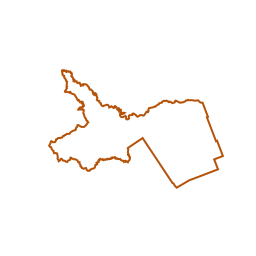 outline of Orán, Salta, Argentina, rotated 326°
{"feature_id": "61730980B46256753723149", "entity_name": "Orán", "entity_type": "district", "adm_level": 2, "iso_a3": "ARG", "parent_name": "Argentina", "parent_adm1": "Salta", "projection": "orthographic", "projection_center": [-64.349, -23.348], "detail": "fine", "context": "isolated", "style": "outline", "palette": "amber", "viewbox_px": 256, "rotation_deg": 326, "n_neighbors": 0, "source": "geoboundaries", "source_scale": "gbopen_adm2", "svg_char_len": 5776}
<svg xmlns="http://www.w3.org/2000/svg" viewBox="0 0 256 256"><g transform="rotate(326 128 128)"><path d="M120.4,82.6L120.2,82.4L120.6,81.5L120.4,81.0L119.9,81.2L119.5,81.7L119.1,81.5L118.5,81.7L118.1,80.5L118.3,79.9L118.9,80.6L119.2,80.5L119.3,78.2L119.0,75.7L118.6,75.2L117.9,75.0L117.8,73.8L118.2,73.1L118.4,71.9L118.0,71.0L118.2,70.1L117.8,68.6L116.1,67.0L115.2,67.4L115.2,66.7L114.5,66.4L114.2,66.5L113.8,67.0L113.3,66.5L113.0,66.7L112.5,66.6L112.7,66.2L113.6,65.9L113.4,65.7L113.0,65.8L112.9,65.2L112.8,64.4L113.2,63.8L113.2,63.3L111.3,62.6L111.1,61.8L111.5,60.5L109.9,59.9L109.6,59.2L109.0,58.8L109.2,58.5L109.6,58.4L110.4,58.7L110.6,58.3L110.5,57.9L109.9,58.2L109.7,58.0L109.6,57.3L110.3,56.4L110.4,55.2L110.1,54.8L110.5,53.8L110.1,53.6L110.0,53.2L111.1,52.7L111.9,51.4L112.0,50.9L111.3,50.4L111.6,49.7L111.7,49.0L110.5,48.5L110.4,47.7L110.1,47.3L108.4,47.3L108.1,46.7L108.7,45.8L108.4,45.6L107.6,45.7L107.3,45.3L107.4,44.8L107.3,44.4L106.6,44.5L106.5,44.0L106.0,44.2L105.8,43.5L105.4,43.4L104.7,44.5L104.5,45.6L104.0,46.0L103.9,46.7L103.4,47.4L104.3,49.0L104.1,49.4L103.5,49.7L103.7,50.3L103.3,51.2L103.6,53.0L103.0,54.4L103.3,54.8L103.4,55.6L102.2,56.6L101.8,57.2L101.6,57.8L100.6,58.7L100.7,59.6L99.8,59.9L99.5,61.0L96.8,62.0L96.1,62.4L96.0,62.7L96.2,63.1L96.6,63.0L97.3,63.5L97.6,64.2L99.0,65.2L99.2,65.8L99.9,65.5L100.4,65.8L100.1,66.6L100.3,67.6L102.0,69.9L102.4,70.9L102.2,72.2L102.3,73.8L101.8,75.9L102.7,76.9L102.0,77.3L102.0,77.5L102.7,78.2L102.9,79.0L102.7,79.5L103.2,79.6L103.4,80.1L103.8,80.2L103.5,80.9L104.0,81.0L104.7,80.6L105.0,81.2L103.7,82.2L104.5,83.0L104.3,83.5L103.8,83.9L104.2,84.1L104.0,85.0L103.0,85.0L102.0,85.6L101.4,85.6L101.0,84.7L99.7,84.1L97.9,84.4L97.1,85.0L99.3,86.3L101.4,88.1L101.2,88.7L99.3,90.6L99.1,92.4L98.2,94.5L98.3,96.8L97.8,98.0L98.0,98.4L97.9,98.8L98.3,99.4L98.0,99.8L98.1,100.9L97.8,100.8L96.7,101.6L96.3,101.6L94.9,102.2L92.0,102.5L89.9,100.9L88.7,98.2L88.2,97.6L87.7,97.4L86.5,98.6L85.3,98.6L85.0,99.1L84.0,99.6L83.8,100.2L83.1,100.3L81.1,99.6L78.4,99.4L77.9,99.4L76.5,100.1L75.0,99.5L74.5,98.9L73.1,98.6L72.9,98.8L72.3,98.9L71.5,98.5L70.3,98.8L69.8,98.3L68.0,99.1L67.3,98.6L66.2,98.5L66.0,98.0L64.2,97.2L63.4,97.6L62.2,97.2L61.8,97.4L61.3,98.2L60.8,98.2L59.7,98.8L57.9,98.0L57.2,96.2L56.6,96.0L54.9,97.5L52.8,98.5L52.7,99.8L53.5,100.8L53.0,102.9L53.1,104.8L53.4,105.5L52.6,107.2L52.7,107.7L53.9,108.2L55.0,109.4L54.7,110.3L53.2,113.4L52.5,113.8L52.3,114.9L52.5,115.8L52.0,116.8L53.1,116.9L54.8,116.4L55.0,116.0L55.4,116.1L55.9,117.0L55.9,118.7L57.4,119.9L57.7,121.3L58.7,122.2L60.0,121.5L62.2,122.0L62.9,121.6L63.3,120.6L63.8,120.4L64.1,120.6L64.7,122.4L65.3,122.9L65.4,123.5L66.8,124.4L68.0,126.7L67.6,128.5L68.7,129.2L67.8,130.7L68.0,132.1L67.1,133.1L67.2,133.6L67.7,134.0L67.4,135.4L68.0,136.0L68.3,136.9L70.8,137.7L70.4,139.9L70.5,140.7L71.2,141.4L71.7,141.4L72.2,141.9L72.8,141.9L72.9,141.6L73.5,141.4L74.3,141.7L75.3,141.6L76.5,142.3L78.2,142.3L80.5,140.3L81.3,140.4L81.4,140.8L82.3,140.7L82.5,139.6L82.9,139.9L83.5,139.3L83.7,139.5L84.5,139.0L84.7,139.3L84.9,138.9L85.4,139.0L85.9,138.7L86.1,138.9L86.4,138.7L86.3,138.4L86.5,138.3L86.4,138.1L87.2,138.0L87.3,138.4L87.7,138.3L87.7,138.6L88.7,139.3L88.9,139.7L89.2,139.7L89.1,139.9L89.3,140.0L89.2,140.1L89.4,140.7L89.8,141.1L91.2,141.3L91.5,141.6L91.7,141.3L92.7,141.9L93.7,142.0L93.7,142.6L94.3,142.5L94.9,142.9L94.8,143.0L95.0,143.3L95.6,143.3L95.7,143.7L96.2,143.9L96.7,143.7L97.1,144.1L97.7,143.4L97.9,143.6L97.9,144.0L98.5,144.2L99.1,143.9L99.9,145.0L100.8,144.8L101.0,145.0L100.7,145.4L100.9,145.9L100.7,146.4L101.3,146.5L101.4,147.0L102.1,147.3L102.0,147.8L102.4,147.9L103.0,148.6L104.2,149.3L104.1,150.3L104.4,150.6L104.8,151.8L105.7,152.6L105.7,153.4L106.1,153.1L106.3,153.5L106.6,153.3L107.6,153.7L107.7,154.0L106.8,154.0L106.9,154.6L108.5,155.2L108.5,156.1L108.8,156.4L109.7,155.7L111.8,155.2L112.4,154.0L113.1,153.7L113.4,153.1L113.0,152.0L113.8,150.9L113.8,150.6L113.0,150.4L113.0,149.9L114.0,149.2L114.6,147.7L116.0,146.3L116.6,144.5L134.5,144.5L134.1,198.5L134.7,199.4L134.6,202.4L135.0,204.7L149.5,205.6L179.5,212.6L181.9,202.2L191.0,204.3L194.7,188.4L193.6,188.2L199.4,163.2L200.5,163.5L204.0,148.7L202.6,147.8L201.9,146.2L201.7,144.5L201.1,144.0L198.6,142.7L197.3,141.3L195.3,139.8L194.2,139.3L193.4,138.2L192.3,138.2L191.7,137.6L190.2,137.9L187.9,137.4L187.0,137.1L186.1,136.3L185.3,136.2L182.9,132.0L181.9,132.1L181.0,132.9L180.4,132.8L179.5,132.3L178.8,132.3L177.6,129.7L176.4,129.4L176.5,128.7L175.7,128.1L175.5,127.1L174.8,126.7L173.7,126.4L173.2,125.6L171.2,125.3L170.7,125.5L170.4,125.9L167.7,125.0L166.8,125.6L166.0,125.3L164.6,125.4L163.6,125.3L162.6,125.6L161.9,125.0L160.7,125.0L158.3,124.0L157.5,123.8L156.7,123.3L155.1,124.2L154.5,125.5L153.6,126.0L153.3,126.0L153.0,125.1L152.5,124.8L149.8,126.0L148.0,126.5L147.5,126.2L146.3,124.7L145.1,124.1L142.7,124.1L142.1,123.9L141.8,123.2L141.8,121.9L141.4,121.0L141.2,119.8L140.3,118.8L139.7,118.7L139.4,119.5L138.9,119.7L136.5,118.3L136.0,118.2L135.4,118.5L134.1,120.7L133.0,120.8L131.8,120.2L131.6,119.9L131.6,119.3L132.7,117.6L132.6,116.5L129.6,116.1L128.6,115.3L128.3,114.4L128.6,112.7L129.4,111.8L130.2,112.8L131.0,113.3L132.4,113.7L133.6,113.6L133.1,113.0L131.9,112.4L131.0,112.2L130.4,111.8L130.5,111.2L131.7,109.9L132.3,108.9L131.9,108.5L130.9,108.5L130.2,109.2L129.9,109.2L130.1,108.6L131.3,107.8L131.5,106.6L130.9,106.2L130.0,107.4L129.7,107.4L129.5,107.2L129.5,106.5L130.4,106.0L129.9,105.2L130.0,103.9L129.7,102.7L129.4,102.6L129.0,103.7L128.2,102.9L127.5,103.5L127.2,103.4L126.4,100.7L125.2,100.8L123.9,100.5L124.4,98.8L124.4,98.0L123.4,96.8L121.4,96.4L120.7,96.0L119.5,96.0L118.8,94.9L118.7,93.3L119.3,92.5L119.1,91.7L118.6,90.8L119.3,89.4L118.0,88.2L117.9,87.2L119.5,85.9L119.6,84.9L120.0,84.3L119.7,83.2L120.4,82.6Z" fill="none" stroke="#b45309" stroke-width="2"/></g></svg>